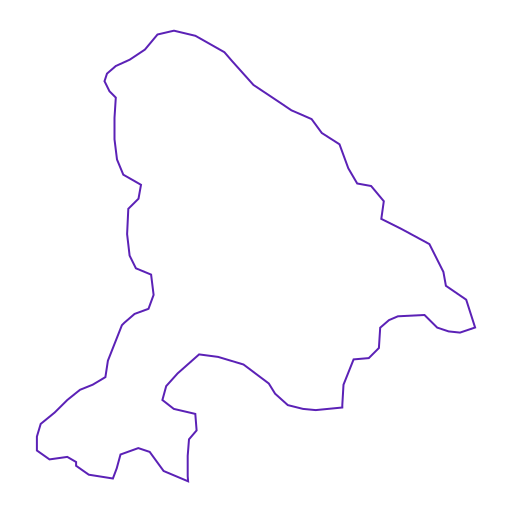 Cheonan-si, South Chungcheong, South Korea
{"feature_id": "91817680B50780672353800", "entity_name": "Cheonan-si", "entity_type": "district", "adm_level": 2, "iso_a3": "KOR", "parent_name": "South Korea", "parent_adm1": "South Chungcheong", "projection": "albers", "projection_center": [127.19, 36.798], "detail": "fine", "context": "isolated", "style": "outline", "palette": "violet", "viewbox_px": 512, "rotation_deg": 0, "n_neighbors": 0, "source": "geoboundaries", "source_scale": "gbopen_adm2", "svg_char_len": 1299}
<svg xmlns="http://www.w3.org/2000/svg" viewBox="0 0 512 512"><path d="M475.1,327.5L466.2,299.7L445.9,285.8L443.4,271.9L429.4,244.1L401.5,229.0L381.3,218.9L383.8,201.2L371.1,186.0L357.2,183.5L348.3,168.3L339.5,144.3L330.9,138.8L321.8,133.0L311.6,119.1L291.4,110.3L272.5,97.6L253.5,85.0L232.0,61.0L224.4,52.2L195.4,35.8L174.0,30.7L170.8,31.4L157.5,34.5L144.9,49.6L129.7,59.7L115.8,66.0L107.0,73.6L104.5,81.2L106.0,84.2L109.5,91.3L115.8,97.6L114.5,117.8L114.5,139.3L117.0,159.5L123.3,174.7L141.0,184.8L138.5,198.7L128.3,208.8L127.1,234.1L129.6,255.6L135.9,268.3L151.1,274.6L153.6,294.9L148.5,308.8L134.6,313.9L124.4,322.7L121.9,325.2L107.9,360.7L105.4,377.1L92.7,384.7L80.0,389.8L67.4,399.9L54.7,412.5L40.7,423.9L36.9,436.6L36.9,450.5L49.5,459.4L67.3,456.9L76.1,462.0L76.1,465.8L88.8,474.7L112.9,478.5L116.7,468.4L120.5,454.5L138.3,448.1L149.7,451.9L163.6,471.0L188.1,481.3L187.7,476.1L187.7,455.8L189.0,439.3L196.6,430.4L195.3,413.9L173.8,408.9L162.4,400.0L166.2,386.1L177.6,373.4L199.1,354.4L218.1,356.9L243.5,364.5L268.8,383.5L275.1,393.7L287.8,405.1L303.0,408.9L315.7,410.1L342.3,407.5L342.3,405.0L343.5,384.7L353.6,359.4L368.8,358.1L378.9,348.0L380.2,327.7L389.0,320.1L397.9,316.3L424.5,315.0L437.2,327.6L448.6,331.4L460.0,332.6L475.1,327.5Z" fill="none" stroke="#5b21b6" stroke-width="2"/></svg>